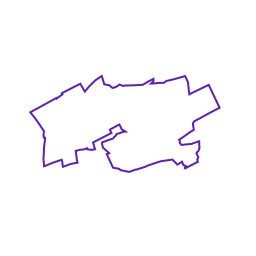 Tixmehuac, Yucatán, Mexico, rotated 237°
{"feature_id": "50627088B886446566830", "entity_name": "Tixmehuac", "entity_type": "district", "adm_level": 2, "iso_a3": "MEX", "parent_name": "Mexico", "parent_adm1": "Yucatán", "projection": "natural_earth1", "projection_center": [-89.11, 20.248], "detail": "fine", "context": "isolated", "style": "outline", "palette": "violet", "viewbox_px": 256, "rotation_deg": 237, "n_neighbors": 0, "source": "geoboundaries", "source_scale": "gbopen_adm2", "svg_char_len": 3477}
<svg xmlns="http://www.w3.org/2000/svg" viewBox="0 0 256 256"><g transform="rotate(237 128 128)"><path d="M193.2,91.5L191.9,91.3L191.6,84.1L192.2,84.2L194.3,55.9L194.4,54.6L193.5,54.7L187.9,55.3L187.6,55.3L187.3,55.3L186.3,55.4L185.5,55.4L185.3,55.5L184.8,55.5L184.3,55.5L183.8,55.6L183.1,55.6L181.2,55.6L179.0,55.7L178.3,55.7L178.2,55.7L177.3,55.7L175.4,55.7L171.2,55.8L170.9,55.6L170.4,55.2L169.9,54.8L169.6,54.5L169.2,54.2L168.3,53.5L168.1,53.4L167.7,53.0L167.4,52.8L167.1,52.8L166.8,52.7L166.4,52.5L166.2,52.4L165.7,52.2L165.1,52.9L164.9,53.2L164.5,52.9L157.2,46.8L151.2,42.6L148.2,40.3L142.4,37.2L141.6,36.8L141.5,37.2L139.9,45.5L137.6,54.8L137.5,55.1L135.1,54.4L133.7,53.5L130.9,52.3L130.2,55.2L129.0,60.6L126.4,66.7L127.2,66.9L137.3,71.7L136.6,73.5L136.0,75.7L134.7,78.1L134.0,79.4L133.4,82.5L132.3,82.2L131.9,82.9L129.7,85.2L128.9,86.9L128.1,88.8L129.6,89.2L133.9,90.5L134.0,90.5L134.9,90.9L133.9,101.0L132.8,111.4L135.3,111.7L136.5,111.9L136.5,112.0L136.4,113.6L136.2,115.3L136.1,117.3L135.9,120.0L135.8,121.4L135.6,122.7L130.3,122.0L126.4,123.9L127.3,122.1L128.2,118.3L129.2,115.2L128.7,114.4L128.1,113.3L128.0,111.3L127.6,110.8L127.3,110.1L127.9,107.2L128.2,106.6L128.3,105.8L128.4,105.7L130.0,98.5L128.7,97.5L127.5,97.1L125.1,96.3L117.2,98.5L117.7,96.0L102.9,93.8L98.4,98.5L96.8,98.7L90.5,105.1L89.2,111.1L88.4,112.8L86.1,121.3L85.9,123.0L85.8,123.7L84.3,129.8L82.3,137.3L77.3,148.1L70.4,149.5L70.3,155.0L67.0,154.2L64.3,155.9L63.6,153.8L63.0,153.9L63.0,154.2L63.0,154.6L62.9,155.1L62.8,156.2L62.8,156.6L62.7,157.2L62.6,158.2L62.6,158.4L62.6,158.6L62.5,159.1L62.5,159.7L62.4,159.8L62.4,160.6L62.3,160.9L62.3,161.3L62.2,162.1L62.1,162.8L62.1,163.6L62.0,164.3L61.9,165.1L61.8,165.9L61.8,166.6L61.7,166.9L61.7,167.8L61.6,168.0L62.3,168.2L62.9,168.7L63.7,168.8L64.1,169.4L64.2,169.8L65.2,171.1L69.1,171.5L69.9,172.2L70.4,174.5L72.1,176.9L74.8,178.5L75.3,178.7L76.0,179.0L76.2,179.4L77.0,179.7L77.2,179.8L77.4,179.9L78.1,180.4L78.3,180.1L78.3,179.9L78.4,179.7L78.8,178.0L78.9,177.6L79.2,176.3L79.7,174.5L79.8,173.9L79.8,173.3L80.4,172.0L80.5,171.7L81.0,170.9L81.3,170.3L81.6,169.8L82.0,168.8L82.2,168.4L82.5,168.0L82.9,167.3L83.0,167.0L83.2,166.7L83.5,165.9L83.6,165.7L83.9,165.1L84.4,164.3L84.5,164.2L84.7,163.9L84.8,163.6L85.3,163.6L85.7,163.5L86.0,163.5L86.3,163.4L87.0,163.3L87.3,163.3L87.7,163.5L88.0,163.9L88.3,164.1L88.5,164.2L89.1,164.3L89.5,164.3L90.0,164.3L90.3,164.4L90.2,164.7L90.5,173.2L90.6,174.9L90.6,175.7L90.7,177.1L90.7,177.6L90.7,178.4L90.7,178.8L90.7,179.7L90.7,180.1L90.7,180.5L90.6,181.3L90.6,182.2L91.2,182.4L92.1,182.9L92.9,183.2L93.5,183.5L93.8,183.6L94.3,183.9L94.7,184.1L95.0,184.2L95.3,184.3L95.9,184.6L96.6,185.0L97.0,185.9L97.2,186.4L97.6,187.4L97.4,188.8L97.4,189.6L97.3,189.8L97.2,191.2L97.2,191.9L97.1,192.4L97.0,193.4L96.9,194.6L96.8,196.1L96.8,196.9L96.7,197.3L96.7,197.9L96.6,198.4L96.5,199.8L96.5,200.3L96.5,200.5L95.9,207.5L95.1,215.8L102.4,216.8L120.2,219.2L122.4,201.8L122.8,197.8L127.8,200.2L131.0,201.8L132.0,202.3L132.7,202.7L133.7,203.2L134.1,203.3L140.4,204.2L143.9,193.0L145.6,188.3L146.6,185.7L146.3,182.9L148.9,178.6L151.1,174.3L151.2,174.0L152.7,171.6L153.0,173.3L153.4,174.2L153.4,174.8L155.3,176.1L155.9,171.1L155.9,170.5L156.2,163.9L160.6,156.2L165.4,148.3L165.8,146.9L169.1,144.5L168.9,141.6L169.2,139.5L169.9,136.9L173.9,135.6L177.6,131.9L184.8,134.0L185.9,134.3L185.8,128.1L185.8,126.9L184.3,119.3L184.1,118.2L182.0,111.6L191.1,112.1L192.7,96.6L193.2,91.5Z" fill="none" stroke="#5b21b6" stroke-width="2"/></g></svg>